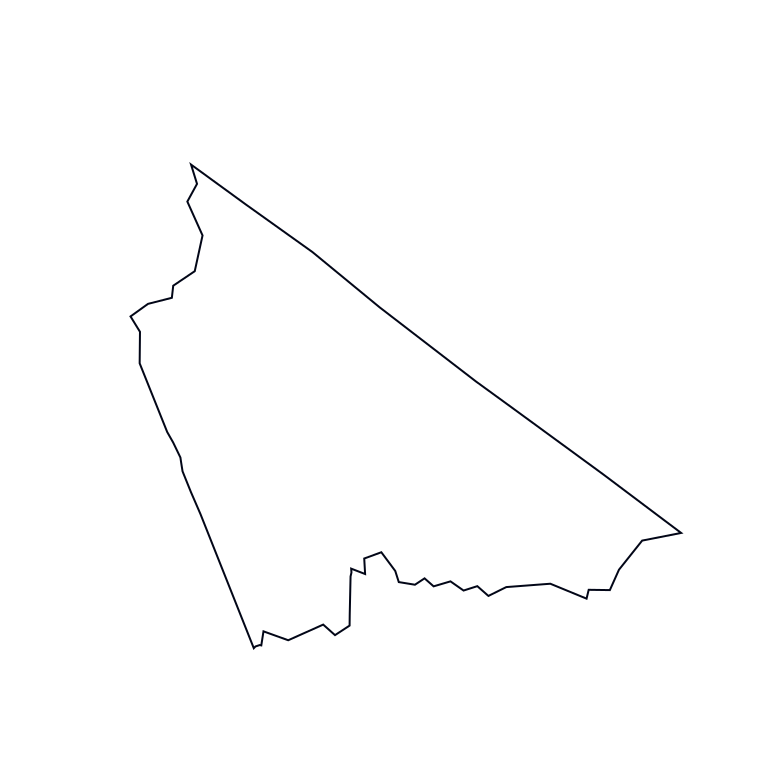 outline of Southampton, Virginia, United States of America, rotated 68°
{"feature_id": "52423323B94499029324325", "entity_name": "Southampton", "entity_type": "district", "adm_level": 2, "iso_a3": "USA", "parent_name": "United States of America", "parent_adm1": "Virginia", "projection": "robinson", "projection_center": [-77.053, 36.77], "detail": "fine", "context": "isolated", "style": "outline", "palette": "ink", "viewbox_px": 768, "rotation_deg": 68, "n_neighbors": 0, "source": "geoboundaries", "source_scale": "gbopen_adm2", "svg_char_len": 873}
<svg xmlns="http://www.w3.org/2000/svg" viewBox="0 0 768 768"><g transform="rotate(68 384 384)"><path d="M549.9,214.6L456.3,272.7L416.1,297.8L311.5,359.2L234.9,400.9L166.2,444.6L108.3,480.7L128.4,482.4L141.2,498.0L178.3,496.6L208.5,517.2L213.9,542.6L224.6,548.4L221.3,572.8L226.4,593.7L244.2,590.7L273.3,602.8L347.3,603.0L359.3,601.4L375.9,600.3L380.0,601.3L389.5,603.5L412.0,603.5L436.0,602.9L580.2,603.7L579.2,601.5L579.5,597.0L580.4,595.7L568.2,588.4L585.7,568.8L584.3,530.5L598.5,523.5L595.1,506.4L585.3,502.3L549.9,487.1L546.6,484.8L542.9,483.6L553.1,472.7L538.4,467.7L539.0,449.5L561.6,443.6L573.2,444.5L581.7,430.5L579.4,419.2L590.2,413.8L591.9,396.3L605.3,387.6L606.4,373.2L619.6,366.6L618.1,346.7L631.5,304.6L658.9,276.6L651.5,271.3L659.7,251.8L644.2,235.7L625.9,203.3L633.4,164.3L616.5,174.5L549.9,214.6Z" fill="none" stroke="#020617" stroke-width="2"/></g></svg>